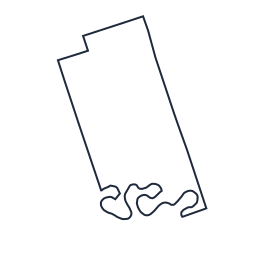 Lee, Arkansas, United States of America, rotated 71°
{"feature_id": "52423323B51053676953804", "entity_name": "Lee", "entity_type": "district", "adm_level": 2, "iso_a3": "USA", "parent_name": "United States of America", "parent_adm1": "Arkansas", "projection": "mercator", "projection_center": [-90.542, 34.77], "detail": "fine", "context": "isolated", "style": "outline", "palette": "slate", "viewbox_px": 256, "rotation_deg": 71, "n_neighbors": 0, "source": "geoboundaries", "source_scale": "gbopen_adm2", "svg_char_len": 1915}
<svg xmlns="http://www.w3.org/2000/svg" viewBox="0 0 256 256"><g transform="rotate(71 128 128)"><path d="M229.7,105.5L229.5,80.1L167.7,79.3L146.3,79.6L130.4,79.7L70.4,79.1L42.7,77.3L27.3,77.4L27.1,93.3L26.3,140.5L41.9,140.7L41.7,151.4L41.1,172.2L62.1,172.6L108.8,173.2L178.3,173.7L178.4,173.3L178.4,173.0L177.8,171.7L177.5,170.1L177.2,165.2L176.8,164.0L176.8,163.2L178.7,159.9L179.7,158.6L181.3,157.7L187.3,157.0L191.2,163.2L188.1,165.9L187.3,167.2L186.9,168.9L186.6,172.0L186.9,173.9L187.6,175.5L188.8,177.2L189.9,178.0L191.9,178.6L193.3,178.7L195.6,178.3L197.7,177.5L200.4,175.4L201.8,174.0L203.7,171.3L206.3,168.9L208.7,167.1L211.6,163.8L212.7,162.0L213.6,158.5L213.7,157.3L213.4,156.1L212.4,154.4L211.2,153.2L210.0,152.6L208.6,152.3L206.6,152.4L203.7,152.7L199.9,153.6L196.3,154.1L194.2,154.0L191.3,153.3L189.3,152.1L183.5,145.4L183.0,144.6L182.8,144.0L182.8,143.1L183.1,141.0L183.6,139.9L184.1,139.1L185.2,138.3L186.3,138.1L187.2,137.9L188.0,137.6L188.8,137.1L189.3,136.5L189.9,135.3L190.2,134.1L190.3,129.9L189.2,126.7L188.7,124.7L188.6,123.7L188.8,122.7L189.8,120.4L191.0,118.8L192.0,117.8L193.6,117.0L196.0,116.4L198.4,116.6L199.0,118.5L201.7,124.3L202.3,126.2L202.4,127.5L202.3,128.0L201.1,129.9L197.9,132.1L196.7,133.9L196.3,135.6L196.3,137.4L196.6,139.1L197.4,141.2L198.4,142.3L202.2,144.2L206.0,144.4L208.7,144.0L211.6,143.3L215.0,141.1L215.9,140.2L216.7,138.7L217.0,137.0L217.0,135.9L216.5,133.9L214.8,130.0L211.4,124.1L210.5,121.2L210.2,119.7L210.4,117.8L210.9,116.4L211.4,115.4L212.9,113.5L214.7,112.1L215.4,110.0L215.3,108.9L213.3,104.8L210.2,99.6L208.0,96.6L207.5,95.4L207.1,92.5L207.3,90.5L207.4,89.7L208.6,87.5L209.9,86.5L212.6,84.8L214.5,84.4L216.2,84.7L218.9,85.9L219.9,86.5L220.8,87.1L221.3,87.7L223.2,91.8L223.5,93.3L223.5,94.0L222.7,96.2L222.7,97.6L223.0,99.8L223.6,102.5L225.0,104.9L225.5,105.2L227.7,105.9L228.9,105.8L229.7,105.5Z" fill="none" stroke="#1e293b" stroke-width="2"/></g></svg>